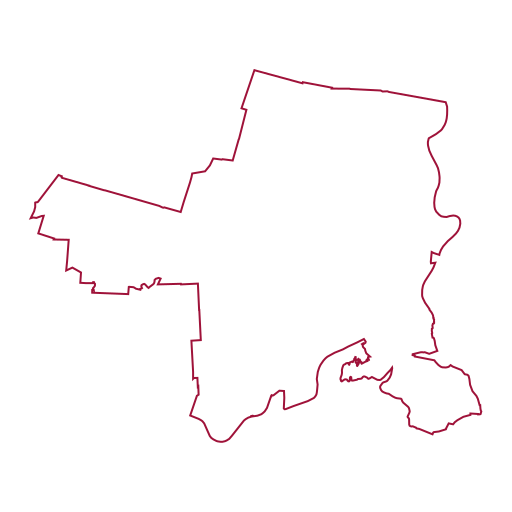 the district of Stancuta, Braila, Romania
{"feature_id": "2599482B41841434061539", "entity_name": "Stancuta", "entity_type": "district", "adm_level": 2, "iso_a3": "ROU", "parent_name": "Romania", "parent_adm1": "Braila", "projection": "natural_earth1", "projection_center": [27.868, 44.908], "detail": "fine", "context": "isolated", "style": "outline", "palette": "rose", "viewbox_px": 512, "rotation_deg": 0, "n_neighbors": 0, "source": "geoboundaries", "source_scale": "gbopen_adm2", "svg_char_len": 6060}
<svg xmlns="http://www.w3.org/2000/svg" viewBox="0 0 512 512"><path d="M432.5,434.3L433.2,432.6L433.9,432.1L438.8,431.5L445.9,429.3L446.1,428.8L446.0,428.6L448.7,423.4L453.1,424.3L454.8,422.2L457.4,420.2L463.4,416.8L470.4,414.9L470.4,413.5L478.2,414.0L478.2,414.4L480.0,414.3L480.6,414.0L481.3,411.4L480.8,410.6L480.4,408.4L480.2,405.1L479.6,405.1L477.8,398.7L476.4,395.9L472.5,391.2L470.1,384.8L469.4,379.1L468.6,375.9L467.5,374.8L464.7,374.2L461.6,370.1L452.6,366.5L450.6,365.1L448.8,366.7L447.8,367.1L445.8,367.5L442.3,367.3L440.7,366.7L438.4,365.0L435.6,362.0L434.4,360.3L414.8,356.5L414.8,355.7L412.6,355.1L412.7,354.2L420.5,352.3L422.0,352.2L423.6,352.4L424.7,352.2L429.2,353.8L437.3,350.9L435.3,345.2L434.7,340.9L433.9,338.2L433.3,337.7L432.5,337.6L431.8,333.6L432.2,333.2L432.2,332.9L431.8,330.9L431.9,328.7L432.5,328.4L432.7,328.0L432.4,325.5L432.9,323.8L433.7,323.6L434.1,323.1L434.1,322.8L433.9,322.9L433.9,322.7L434.1,319.5L433.6,319.0L433.3,318.0L433.6,317.8L433.3,317.2L433.0,315.3L431.7,312.7L429.4,309.6L429.4,308.9L425.1,302.8L422.8,298.1L422.2,296.2L422.1,294.8L422.2,289.9L422.8,286.5L423.2,285.0L424.9,281.3L431.7,270.8L433.5,267.4L435.3,262.7L431.0,263.3L430.8,261.8L431.7,252.0L433.6,253.0L439.3,254.9L439.6,253.4L441.0,249.9L443.1,246.4L447.8,241.1L452.5,237.0L456.0,233.5L458.0,230.8L459.5,227.6L460.3,223.7L460.1,220.6L459.5,218.9L458.6,217.6L457.1,216.5L455.4,215.8L453.3,215.5L449.5,216.1L446.6,217.0L443.9,216.8L441.3,216.3L439.2,214.8L436.2,211.6L435.0,209.1L434.5,206.9L434.2,202.8L434.7,197.3L436.0,191.8L436.4,190.6L437.9,187.8L438.7,185.5L439.4,182.6L439.6,178.0L439.5,176.3L439.0,172.4L438.0,168.2L436.6,165.1L431.6,155.7L429.3,150.6L428.1,145.8L427.9,144.1L427.9,141.9L428.7,138.5L428.9,138.2L436.0,134.1L440.9,130.4L442.0,129.2L444.6,125.0L445.7,122.4L446.3,120.2L446.7,118.3L447.1,114.5L447.2,110.5L447.1,106.6L445.7,102.2L389.1,92.0L387.4,91.3L382.6,91.5L380.7,90.5L350.4,89.0L349.5,88.7L331.7,88.6L332.0,87.7L302.8,82.2L302.5,83.3L254.4,70.2L241.5,108.3L246.4,109.8L239.0,139.0L238.7,139.4L232.7,160.5L222.4,159.2L221.8,159.6L213.2,158.5L209.9,165.4L205.1,171.3L192.2,173.5L191.5,177.1L190.0,182.5L183.7,202.0L180.7,212.0L164.3,207.4L163.5,207.7L162.5,207.5L159.2,205.9L105.2,190.4L103.9,190.2L98.8,188.7L88.9,185.8L89.0,185.6L62.2,177.9L61.8,177.7L61.5,177.0L61.8,176.3L58.5,175.0L38.1,201.7L37.5,202.2L36.0,202.3L35.2,202.6L35.2,207.1L34.1,211.3L30.7,218.2L33.2,217.5L36.4,217.9L41.7,216.0L43.7,215.8L38.3,233.4L54.1,238.5L53.7,239.5L68.7,239.8L67.1,261.2L66.2,270.5L72.4,267.6L81.0,272.5L80.3,282.8L85.4,283.1L93.1,283.1L93.1,282.2L93.9,282.1L94.2,282.9L95.0,283.9L94.9,285.8L94.0,287.1L93.1,288.0L93.0,288.5L93.7,289.7L93.8,290.5L93.3,290.3L92.6,289.6L92.2,289.8L92.2,292.7L128.2,294.1L128.8,286.9L129.0,286.8L133.4,287.2L134.3,287.6L135.9,288.7L140.1,289.7L140.0,289.0L141.5,288.5L142.0,288.1L141.7,287.6L141.3,286.1L141.4,285.6L141.6,285.1L143.3,284.1L144.2,283.9L145.2,284.5L147.7,287.3L148.6,287.9L149.0,287.4L153.4,284.1L154.1,283.1L154.5,281.7L154.6,280.0L155.8,278.8L158.6,277.9L160.6,278.6L157.9,284.4L180.9,283.8L181.0,284.4L197.9,283.6L199.1,310.0L199.3,310.0L200.8,340.1L191.4,340.7L193.1,372.0L193.1,378.8L193.9,378.0L197.4,377.9L197.8,386.8L198.3,386.4L198.6,394.7L196.9,395.8L190.2,415.5L198.7,418.9L201.0,420.2L202.4,421.2L204.2,423.4L209.8,436.0L211.3,437.9L213.4,439.4L216.5,441.0L217.9,441.4L220.7,441.8L222.4,441.8L225.0,441.2L226.6,440.5L229.2,438.9L231.8,435.9L243.9,420.6L245.6,419.2L248.3,417.6L251.1,416.7L251.1,416.1L252.7,415.7L253.5,416.0L253.3,416.3L257.4,415.7L261.4,414.2L263.2,412.8L264.7,411.4L267.0,407.9L271.1,396.1L271.4,396.2L271.7,395.2L272.9,395.5L273.6,395.2L279.4,390.7L284.0,391.0L284.3,397.9L283.8,408.4L284.5,409.2L285.7,409.1L293.7,406.0L307.8,401.1L313.8,398.0L314.7,397.1L315.6,395.9L316.4,394.5L316.8,392.6L317.1,390.0L317.6,384.5L316.8,379.0L317.8,371.9L319.0,368.2L319.6,366.7L320.6,364.7L323.5,360.5L325.5,358.3L327.4,356.7L334.7,352.7L342.9,349.4L348.3,346.5L357.2,342.4L363.9,339.0L365.7,341.7L365.4,342.8L363.2,344.4L362.8,344.8L362.7,345.3L362.5,344.6L363.7,343.9L363.3,343.3L362.0,344.1L362.5,344.6L362.9,346.6L363.2,347.2L365.0,349.0L365.3,350.7L366.3,353.3L370.0,356.6L368.4,356.9L368.0,357.2L368.0,358.5L368.8,359.3L368.9,359.8L367.2,359.9L366.7,359.7L366.4,360.4L367.3,360.6L367.4,361.0L365.4,361.7L361.7,363.7L361.3,363.3L361.3,362.1L360.9,362.1L360.2,361.4L360.2,360.5L360.0,360.3L359.9,359.9L359.7,359.6L359.0,359.5L358.4,358.9L358.2,359.1L358.7,359.6L358.8,360.0L358.2,360.4L358.2,361.0L358.7,361.0L358.7,360.4L359.2,360.4L359.5,360.6L359.6,361.6L359.5,362.0L359.2,362.2L358.4,364.2L357.3,365.9L357.0,365.8L356.9,365.3L357.0,363.8L357.8,362.9L357.6,362.7L356.2,363.0L355.6,362.2L355.9,360.7L356.6,359.8L356.3,359.5L355.4,359.3L355.7,357.4L355.7,357.1L355.3,357.0L354.8,358.3L354.3,358.7L354.1,360.1L353.6,360.5L353.1,361.8L352.7,362.0L352.3,361.6L351.9,361.6L349.8,362.5L349.6,363.0L349.6,364.0L349.2,364.7L348.8,364.5L348.3,363.0L347.5,363.0L346.1,363.3L345.3,364.1L344.1,364.6L343.3,365.3L342.4,367.8L341.9,370.1L342.0,372.9L341.7,374.8L340.5,378.1L340.5,379.3L341.0,380.1L340.9,380.7L341.1,381.0L341.8,381.4L344.5,379.5L345.8,379.3L347.0,379.7L347.6,380.7L348.3,381.3L349.1,381.3L349.4,381.2L349.8,379.4L350.0,377.4L350.6,376.9L351.2,377.2L351.5,380.2L351.8,380.5L352.8,380.6L357.0,379.7L357.9,379.0L360.5,378.8L361.6,378.5L362.9,376.9L364.0,376.4L365.0,376.6L367.2,377.7L367.9,378.5L368.4,378.8L369.4,378.5L371.9,377.0L377.3,379.8L379.5,380.0L380.6,379.8L383.9,377.1L387.5,373.0L390.5,369.9L392.1,367.6L392.2,368.2L391.1,374.4L389.7,377.6L387.5,380.5L387.0,381.0L386.0,381.5L383.3,382.4L382.5,383.0L380.4,385.9L380.1,386.9L380.2,388.0L381.1,390.1L382.3,391.5L384.2,392.5L386.5,393.4L388.8,393.8L392.5,396.3L395.2,397.7L396.9,398.2L400.9,398.7L401.5,399.2L402.3,401.3L403.2,402.6L408.2,406.9L409.0,408.2L409.7,411.3L409.4,412.6L407.6,416.6L407.8,417.3L408.9,418.4L409.1,419.5L409.2,424.5L409.6,425.7L410.2,426.1L411.4,426.5L412.7,426.3L413.2,426.5L416.1,427.7L416.5,428.4L419.2,428.9L432.5,434.3Z" fill="none" stroke="#9f1239" stroke-width="2"/></svg>